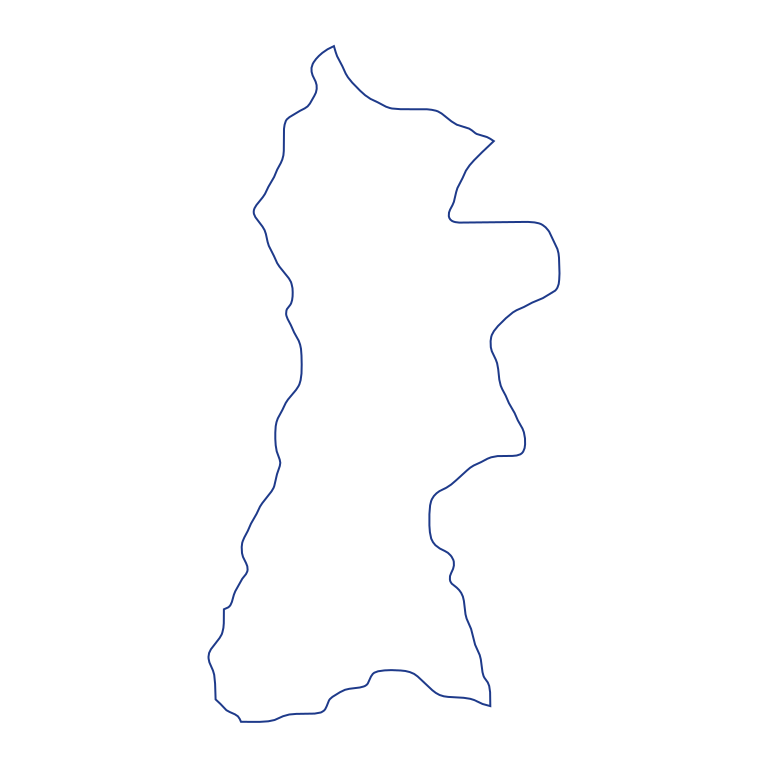 the district of Salcedo, Hermanas, Dominican Republic
{"feature_id": "3306468B93547885769442", "entity_name": "Salcedo", "entity_type": "district", "adm_level": 2, "iso_a3": "DOM", "parent_name": "Dominican Republic", "parent_adm1": "Hermanas", "projection": "albers", "projection_center": [-70.395, 19.439], "detail": "fine", "context": "isolated", "style": "outline", "palette": "blue", "viewbox_px": 768, "rotation_deg": 0, "n_neighbors": 0, "source": "geoboundaries", "source_scale": "gbopen_adm2", "svg_char_len": 4063}
<svg xmlns="http://www.w3.org/2000/svg" viewBox="0 0 768 768"><path d="M215.6,699.4L220.6,704.1L226.4,710.2L229.7,712.0L234.9,714.3L237.9,716.3L239.7,718.9L241.0,721.8L259.3,721.9L268.3,721.3L274.6,720.0L283.1,716.2L289.3,714.5L296.2,713.9L314.6,713.6L320.8,712.5L322.5,711.6L324.1,710.5L325.2,709.2L326.6,706.4L329.0,700.4L329.9,699.1L332.4,696.9L340.0,692.2L345.0,689.8L349.3,688.8L359.8,687.5L363.7,686.5L365.3,685.8L366.8,684.7L367.8,683.5L371.0,676.5L372.8,673.9L374.3,672.7L378.0,671.3L384.4,670.4L391.3,670.1L400.7,670.5L405.4,671.0L409.9,672.1L414.1,673.9L417.7,676.5L432.3,690.2L435.8,692.9L439.6,695.0L443.8,696.3L448.1,696.9L463.7,697.8L470.2,698.8L474.1,700.0L482.6,704.0L490.3,706.1L490.1,692.2L489.2,686.0L487.8,682.5L484.3,677.6L483.5,675.9L482.5,672.2L480.8,659.3L479.7,655.0L475.1,644.7L471.1,629.0L466.6,618.6L465.5,614.3L463.9,600.9L462.9,596.6L461.2,592.9L459.1,590.0L456.7,587.6L451.8,583.7L450.9,582.4L450.2,581.0L449.9,579.4L450.0,576.1L451.1,573.2L453.1,568.8L453.9,565.5L453.8,561.7L453.3,559.9L451.6,556.7L450.5,555.3L447.9,552.8L444.8,551.0L439.8,548.5L435.4,545.2L433.0,542.2L431.2,538.6L429.9,532.2L429.4,525.5L429.4,514.2L430.1,505.4L431.1,501.2L431.9,499.2L433.9,496.0L436.5,493.3L439.5,491.1L446.4,487.7L451.1,484.6L455.9,480.5L467.0,470.4L470.2,467.7L473.7,465.5L480.9,462.2L487.5,458.7L491.1,457.3L497.5,456.1L512.7,455.9L516.7,455.5L520.4,454.3L522.0,453.1L523.2,451.6L524.6,448.1L525.1,444.3L525.0,438.4L523.9,432.3L522.5,428.6L517.8,420.3L514.6,413.0L508.9,403.1L505.7,395.7L502.2,389.1L500.7,385.6L499.3,379.6L498.2,369.2L497.1,363.2L495.8,359.6L491.8,351.2L490.8,347.2L490.6,341.1L491.2,337.0L491.8,335.0L493.9,331.1L498.0,326.0L506.0,318.1L512.9,312.4L516.6,310.2L523.9,307.0L532.2,302.6L542.9,298.1L555.1,290.7L556.3,289.4L557.4,287.7L558.7,284.0L559.2,279.9L559.5,273.4L559.0,257.7L558.5,253.3L557.4,249.0L549.2,231.7L548.1,230.2L545.6,227.3L542.6,225.0L540.8,224.0L538.8,223.3L534.5,222.4L527.8,221.9L459.2,222.6L455.3,222.1L453.5,221.6L451.8,220.8L450.3,219.5L449.3,217.9L448.8,216.1L449.0,212.6L450.1,209.6L452.5,205.1L453.9,201.8L456.2,192.0L457.4,188.1L462.6,178.0L465.9,170.7L469.6,165.3L474.1,160.2L482.2,152.1L493.8,141.1L490.3,138.8L487.1,137.1L476.8,134.0L475.4,133.2L471.8,130.3L469.1,128.6L456.8,124.7L451.5,121.4L441.6,113.5L437.9,111.4L435.9,110.7L431.7,109.8L427.3,109.3L400.6,109.2L391.9,108.5L389.8,108.0L386.0,106.7L377.7,102.3L370.5,98.9L365.1,95.2L360.1,90.7L352.2,82.6L348.0,77.4L345.7,73.6L342.4,66.3L337.1,56.2L335.7,52.2L333.9,46.1L327.5,49.3L322.3,52.9L319.0,55.8L316.1,58.9L313.7,62.2L312.7,64.0L311.5,67.9L311.6,71.8L312.6,75.4L315.6,81.6L316.6,85.1L316.7,88.9L315.9,92.6L314.3,95.9L309.9,103.6L307.6,106.4L304.7,108.4L300.0,110.8L289.5,117.1L286.8,119.4L285.8,121.0L284.6,124.7L284.0,128.8L283.8,150.9L283.4,155.3L282.3,159.5L280.8,163.0L277.2,169.6L274.1,177.0L268.4,186.8L265.0,193.9L262.7,197.3L256.4,205.1L254.5,208.3L253.9,210.1L253.7,211.9L253.9,213.8L255.4,217.2L262.5,226.6L264.6,230.2L265.9,234.0L267.6,241.9L268.8,245.8L273.9,255.9L277.2,263.2L279.5,266.7L288.9,278.4L291.0,282.1L291.6,284.1L292.5,288.2L292.7,292.3L292.6,296.3L292.1,300.1L291.1,303.4L290.3,304.8L286.9,309.2L286.4,310.7L286.1,314.0L286.4,315.7L287.6,318.9L290.9,325.2L294.1,332.4L298.7,340.7L300.1,344.6L301.0,348.9L301.5,355.6L301.7,364.6L301.5,373.6L300.6,380.2L299.4,384.3L298.4,386.3L296.1,389.8L288.0,399.5L285.7,403.0L282.3,410.1L277.8,418.4L276.5,422.1L275.7,426.2L275.3,432.6L275.3,439.0L275.7,445.3L276.7,451.3L279.7,459.6L280.3,462.8L279.8,466.0L277.0,474.2L274.3,485.9L273.6,487.8L271.5,491.4L262.3,503.1L260.0,506.6L256.6,513.8L251.0,523.6L247.8,530.9L244.3,537.5L242.8,541.0L242.2,542.9L241.7,547.0L242.0,553.1L243.0,556.9L246.1,563.2L247.3,566.3L247.6,569.7L247.3,571.4L246.0,574.1L242.3,578.7L235.3,591.2L233.9,594.7L231.9,601.9L230.5,605.0L229.5,606.3L228.2,607.4L223.9,609.3L223.8,623.3L223.4,627.9L222.4,632.3L221.7,634.4L219.6,638.0L210.9,649.3L209.1,653.0L208.5,656.8L208.6,658.7L209.4,662.4L213.0,670.6L214.2,674.8L215.1,683.8L215.6,699.4Z" fill="none" stroke="#1e3a8a" stroke-width="2"/></svg>